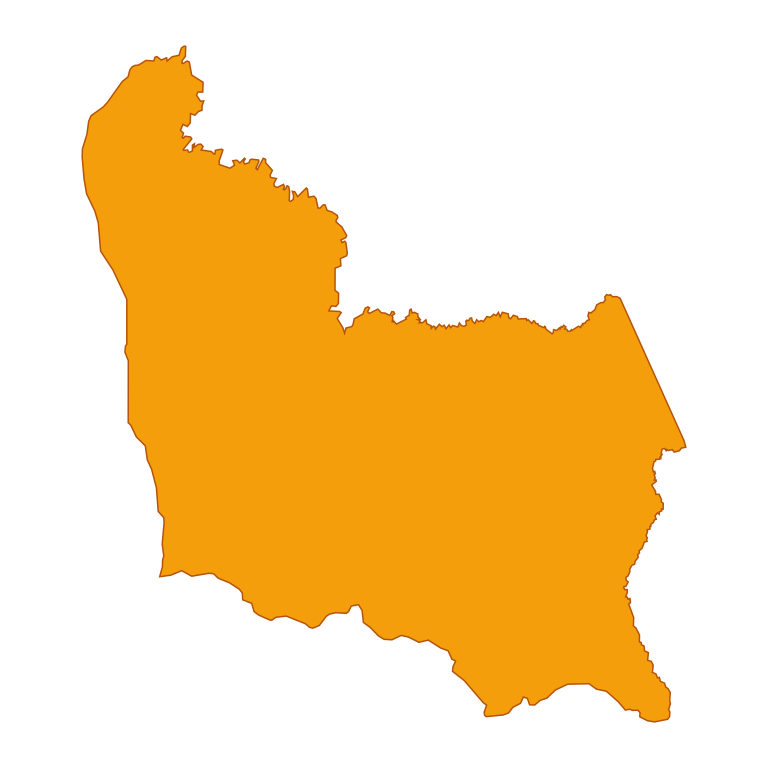 the district of Memot, Kâmpóng Cham, Cambodia
{"feature_id": "14789045B36806562781005", "entity_name": "Memot", "entity_type": "district", "adm_level": 2, "iso_a3": "KHM", "parent_name": "Cambodia", "parent_adm1": "Kâmpóng Cham", "projection": "natural_earth1", "projection_center": [106.235, 11.913], "detail": "fine", "context": "isolated", "style": "filled", "palette": "amber", "viewbox_px": 768, "rotation_deg": 0, "n_neighbors": 0, "source": "geoboundaries", "source_scale": "gbopen_adm2", "svg_char_len": 6093}
<svg xmlns="http://www.w3.org/2000/svg" viewBox="0 0 768 768"><path d="M153.7,61.0L146.1,60.4L138.4,65.1L134.7,65.5L131.8,67.1L129.9,69.8L128.0,76.9L122.3,81.5L107.7,102.0L103.4,106.8L91.0,115.8L88.7,121.3L86.9,134.4L82.4,149.0L82.2,157.5L84.1,179.4L86.6,193.8L94.9,211.1L98.3,223.0L100.6,251.1L112.8,269.7L126.8,299.3L126.8,344.2L125.5,346.0L124.9,352.1L128.3,360.6L128.2,422.7L130.7,425.1L136.4,437.0L145.3,445.8L147.3,459.9L151.6,469.2L156.4,487.7L158.2,511.4L163.7,517.6L164.1,522.7L162.2,544.2L163.8,556.0L162.6,560.0L162.4,566.8L159.7,576.7L170.7,575.2L181.7,570.7L191.8,576.2L208.8,573.3L213.6,573.7L218.2,578.2L229.5,582.8L239.3,589.2L242.3,593.0L242.7,599.8L251.7,603.4L254.1,611.7L259.0,615.2L270.0,620.1L271.9,620.1L275.9,617.3L286.3,616.1L305.3,623.7L309.6,627.3L312.7,628.2L319.3,625.5L326.2,616.4L329.3,614.2L335.6,612.7L346.3,613.3L348.6,611.6L351.2,606.1L358.5,604.7L362.1,610.5L363.4,622.4L370.4,627.6L378.2,635.7L384.0,639.3L392.0,639.8L401.2,635.4L408.5,637.1L418.9,642.3L428.3,640.1L440.8,648.1L448.1,650.8L451.9,659.2L455.6,661.0L453.0,666.7L452.5,671.3L464.4,680.7L483.1,702.5L486.6,705.2L484.2,712.2L484.6,715.2L486.3,716.6L503.0,715.0L508.5,713.0L512.9,707.3L520.5,703.3L523.4,697.1L527.4,698.4L529.6,704.8L534.7,705.0L540.3,700.3L546.8,698.2L555.3,690.1L567.6,684.2L589.0,683.7L596.5,689.2L606.3,691.2L618.2,701.7L625.4,710.1L629.7,709.2L632.5,710.4L637.9,710.2L640.0,712.6L639.8,716.8L647.4,720.7L654.6,721.9L667.6,719.3L669.5,716.8L669.9,711.9L668.6,709.9L670.4,703.6L669.7,700.4L670.3,692.5L667.9,688.5L665.8,687.1L664.5,683.1L660.3,681.3L659.4,677.4L657.5,677.9L655.9,673.9L652.4,672.4L653.2,665.3L651.3,661.4L647.6,660.3L648.4,652.7L644.5,650.8L644.1,646.1L641.4,644.6L641.2,642.5L639.4,641.8L639.5,634.9L635.9,628.0L633.4,625.9L633.7,617.6L628.7,604.0L630.4,602.7L630.3,599.9L629.9,598.5L627.9,599.2L627.3,597.2L625.6,596.8L627.3,592.8L627.2,589.6L624.7,589.5L623.7,587.6L623.9,586.6L625.7,586.5L628.2,582.0L626.1,580.1L625.9,577.4L628.0,576.0L629.9,571.4L629.8,568.9L632.1,565.1L634.6,564.3L635.1,561.3L638.2,557.4L637.7,554.6L639.5,552.9L639.2,550.8L642.2,548.1L644.2,542.2L647.1,541.3L646.5,539.4L647.4,538.0L646.1,535.9L647.5,531.6L647.1,529.8L650.0,529.0L649.8,526.6L650.7,526.6L651.0,524.2L653.3,522.5L654.5,519.8L656.3,519.3L655.0,516.0L657.4,512.8L659.2,514.3L659.3,511.9L661.8,510.8L661.5,508.9L663.1,509.2L663.3,503.3L661.3,501.8L661.4,499.5L659.1,494.3L655.8,494.4L655.5,491.3L651.7,485.0L656.2,481.4L656.1,480.0L654.3,480.1L655.2,477.9L654.1,474.4L655.4,473.8L654.7,471.4L653.4,472.0L652.5,468.3L654.0,461.9L655.6,460.9L655.7,459.4L659.6,459.3L660.1,457.4L660.8,458.2L661.2,454.3L662.5,455.1L661.2,453.3L662.1,449.1L664.7,448.5L666.1,450.7L666.8,449.4L668.1,450.5L672.4,449.7L674.2,452.1L679.5,450.7L681.3,448.2L685.8,447.2L684.0,440.6L620.1,298.3L616.7,296.6L612.6,296.7L610.4,294.6L609.0,295.3L606.6,294.6L604.8,296.8L605.2,299.7L603.6,302.5L600.8,302.6L596.7,304.9L594.9,309.7L590.8,313.0L588.8,312.3L587.9,316.1L589.4,319.7L587.1,320.5L584.8,323.2L582.5,323.6L582.8,325.0L581.4,325.3L580.7,327.5L578.5,326.2L571.7,330.6L571.3,329.8L570.2,331.2L567.8,331.2L566.7,329.2L564.6,329.0L565.9,326.9L563.6,325.3L562.3,327.2L561.2,326.6L560.0,329.1L559.4,327.9L556.8,330.4L553.6,329.7L553.2,332.8L552.1,333.8L546.2,329.4L545.3,326.8L544.6,326.4L544.0,327.7L538.5,325.4L537.9,323.8L535.5,323.3L534.6,321.1L533.5,320.8L531.9,323.4L528.1,319.7L526.7,320.5L526.2,318.6L518.3,319.0L517.4,316.6L513.3,315.3L510.5,318.8L508.8,317.5L508.2,313.8L502.3,312.3L500.3,316.9L498.4,312.4L496.2,315.6L493.6,314.3L490.4,317.3L486.8,316.6L483.4,321.6L481.3,320.5L478.7,321.7L476.6,319.7L474.9,323.5L472.3,321.1L471.6,318.0L470.2,318.1L468.5,320.7L466.6,320.2L465.8,321.2L466.3,325.0L464.0,326.4L461.4,325.6L459.4,323.0L457.8,327.0L452.7,325.5L450.5,327.6L449.1,324.9L446.0,328.7L444.2,325.2L442.0,326.7L439.3,324.2L435.5,329.1L435.0,326.9L433.4,326.1L431.3,328.4L431.2,325.9L426.8,323.7L425.9,319.8L422.6,322.7L419.2,322.8L420.3,321.1L417.6,319.6L420.1,319.3L417.9,316.8L417.9,314.0L414.4,312.3L412.1,313.0L411.2,309.2L409.7,310.0L409.2,315.2L405.5,317.5L406.3,319.1L396.4,324.1L393.4,320.6L393.3,321.9L392.1,321.6L392.9,317.6L391.9,316.0L394.6,313.8L393.7,311.8L391.9,311.6L389.8,315.4L385.1,313.1L381.3,312.8L377.9,309.1L369.3,313.4L367.6,311.8L369.5,307.8L367.9,306.9L365.3,308.1L362.8,314.1L354.2,318.8L353.0,324.6L351.6,326.7L346.0,328.0L344.6,333.2L342.8,327.6L337.2,318.5L341.2,312.6L339.7,311.5L328.8,310.9L331.5,305.8L335.9,306.5L338.4,303.5L338.6,293.2L335.0,290.3L335.1,268.2L340.9,265.8L340.4,258.6L346.7,255.7L347.3,253.2L345.9,242.6L344.8,241.2L342.0,242.6L341.0,239.9L345.7,237.7L346.7,235.6L341.9,227.0L336.2,222.0L336.1,220.3L337.8,217.4L337.3,215.5L332.1,212.0L327.1,210.4L325.1,204.9L323.1,204.9L320.1,208.1L318.0,208.0L316.0,198.4L313.9,196.2L308.5,197.2L307.4,189.0L306.3,188.0L297.7,196.6L294.9,191.9L292.3,191.3L293.6,195.6L293.3,199.5L290.5,201.4L289.2,200.7L289.6,191.7L288.7,186.6L287.0,185.8L285.9,188.6L284.1,189.8L283.2,189.3L284.5,186.8L283.5,184.4L277.2,187.5L274.2,186.0L273.9,183.5L276.4,178.5L270.6,177.5L270.1,175.1L272.4,170.4L265.6,162.7L265.6,159.3L264.4,158.8L263.2,158.3L257.3,169.7L255.9,168.3L258.9,161.5L258.7,160.0L251.6,159.2L250.2,159.7L248.9,162.8L244.8,164.0L243.4,162.0L245.3,159.0L244.5,158.2L239.9,162.9L236.8,160.2L232.8,160.7L234.5,165.2L229.9,168.2L219.2,164.5L219.2,160.8L222.7,150.8L222.8,149.8L221.3,149.2L215.4,150.3L214.9,153.9L213.8,153.9L211.3,151.5L201.2,150.0L203.1,146.5L200.8,144.1L198.1,144.4L193.8,147.5L194.4,143.8L192.4,145.1L192.4,150.9L189.7,152.2L188.4,152.0L187.6,149.9L183.9,150.4L183.2,149.5L191.8,138.9L190.6,137.0L185.3,136.2L183.3,138.2L182.2,137.6L183.5,133.1L180.4,130.3L183.0,124.4L187.3,126.5L190.3,122.8L190.5,113.6L194.9,115.2L198.6,111.4L202.0,110.3L202.0,106.2L203.7,100.9L200.5,101.2L196.5,95.1L198.0,92.0L202.7,92.1L203.1,82.3L191.7,75.1L189.3,62.1L187.1,61.0L183.2,63.5L181.9,63.0L182.3,60.4L185.4,56.4L185.7,46.4L184.2,46.1L181.3,48.1L179.0,55.3L172.2,56.7L167.1,61.0L166.6,57.8L161.2,60.0L156.9,56.6L155.0,57.2L153.7,61.0Z" fill="#f59e0b" stroke="#b45309" stroke-width="1.5"/></svg>